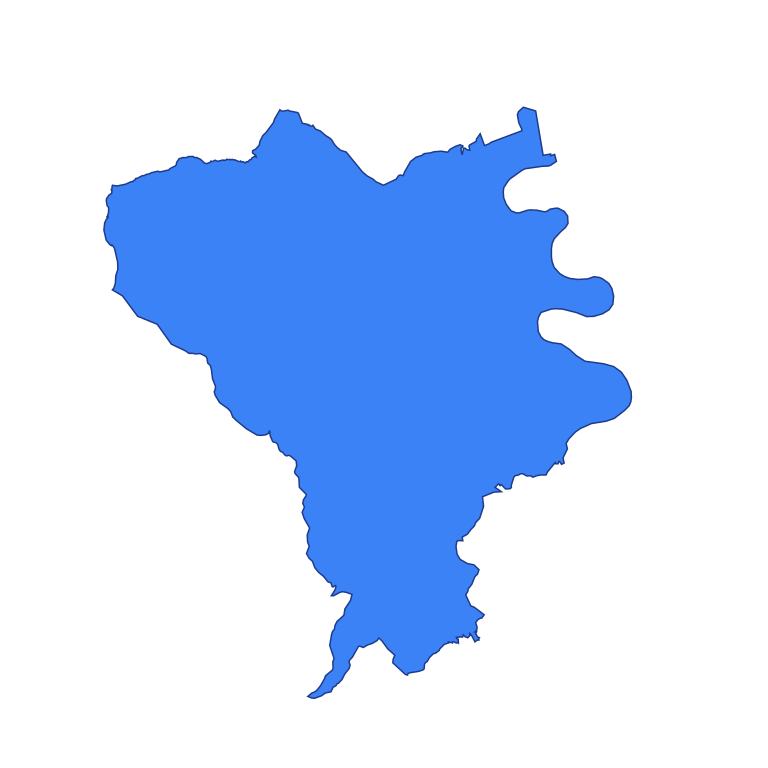 the district of Dobra, Hunedoara, Romania, rotated 77°
{"feature_id": "2599482B49682710241198", "entity_name": "Dobra", "entity_type": "district", "adm_level": 2, "iso_a3": "ROU", "parent_name": "Romania", "parent_adm1": "Hunedoara", "projection": "equal_earth", "projection_center": [22.59, 45.878], "detail": "fine", "context": "isolated", "style": "filled", "palette": "blue", "viewbox_px": 768, "rotation_deg": 77, "n_neighbors": 0, "source": "geoboundaries", "source_scale": "gbopen_adm2", "svg_char_len": 6164}
<svg xmlns="http://www.w3.org/2000/svg" viewBox="0 0 768 768"><g transform="rotate(77 384 384)"><path d="M531.8,497.7L537.1,496.1L540.6,493.6L547.5,492.7L552.8,490.1L557.8,486.2L564.2,483.1L565.9,480.4L569.8,480.1L570.3,479.2L569.4,477.0L569.6,476.4L571.0,476.5L573.8,478.2L578.4,482.9L579.0,480.9L577.1,473.8L577.0,471.3L578.5,467.6L581.8,462.5L587.4,465.4L594.4,472.7L600.3,475.1L604.9,483.3L608.2,486.0L611.8,487.5L613.5,489.7L616.0,491.3L626.5,495.7L640.3,494.4L643.3,496.4L649.0,497.4L651.0,498.5L655.2,506.7L657.6,508.1L663.7,513.7L667.3,518.3L668.5,521.0L668.9,523.9L671.3,528.5L673.7,525.1L674.6,522.4L673.7,514.9L671.9,510.8L672.0,504.9L668.0,501.8L667.2,498.7L665.5,497.2L665.4,495.8L662.5,491.4L657.7,487.4L653.3,481.9L650.3,480.3L646.9,480.5L645.6,479.9L643.0,476.2L633.9,467.9L634.1,466.4L636.1,463.4L634.6,458.9L634.1,453.8L632.5,448.6L630.4,446.1L634.0,443.7L643.0,439.9L650.6,434.5L654.4,437.1L657.7,438.1L671.8,428.5L672.9,426.5L671.4,425.8L671.2,423.4L671.8,414.9L671.4,410.6L670.9,409.3L669.9,408.7L666.1,407.6L664.6,405.9L664.2,404.4L660.7,401.1L658.0,396.8L657.8,394.1L656.0,390.1L654.7,389.3L651.2,383.8L650.8,378.9L649.9,379.1L651.3,376.0L652.3,375.4L651.0,375.6L650.6,374.4L652.7,371.8L652.3,370.7L653.3,369.8L649.4,369.1L648.4,370.4L647.1,370.5L647.6,367.5L647.3,367.0L648.3,364.4L646.3,363.2L648.6,361.8L650.1,359.4L648.2,356.6L645.6,356.8L649.7,354.9L655.7,353.4L654.6,351.0L654.8,349.0L653.7,349.2L652.6,348.1L651.7,349.6L648.0,350.8L646.4,349.7L646.0,351.1L645.4,349.5L645.1,349.8L643.6,348.5L641.6,348.0L637.2,348.4L634.6,345.4L633.9,342.7L634.0,341.3L631.4,338.3L622.0,346.1L619.6,349.4L607.9,351.8L604.8,348.9L602.6,348.1L598.9,343.5L592.2,338.8L590.3,335.7L586.3,333.2L580.4,337.1L577.8,343.0L572.1,349.2L566.4,351.1L558.5,350.4L553.6,348.4L553.3,346.6L554.5,342.5L550.7,342.2L549.2,336.7L545.3,332.1L542.8,328.1L539.5,325.7L536.4,321.0L525.6,314.5L516.0,313.4L514.1,301.2L515.3,293.9L509.6,299.1L507.0,294.7L509.2,293.8L508.5,292.2L513.6,289.2L514.4,284.8L513.6,283.2L511.4,282.8L503.8,278.3L502.9,277.2L502.9,273.1L502.2,271.5L502.6,269.1L505.8,265.5L506.3,262.0L508.3,259.9L507.7,255.6L507.9,251.8L509.1,246.6L506.6,244.6L499.1,235.0L500.2,235.0L500.9,232.5L498.9,231.0L498.9,230.3L502.2,229.1L501.6,226.3L496.3,226.2L488.5,219.9L482.9,219.9L479.1,216.3L473.8,208.3L471.5,202.6L469.2,190.8L470.2,175.9L469.3,167.3L463.7,155.2L460.1,149.8L457.0,147.6L453.0,146.0L446.8,144.9L434.8,146.6L425.8,150.1L418.7,156.3L413.7,165.4L407.0,183.1L399.5,190.3L391.9,195.6L384.8,202.4L381.8,210.4L379.5,214.7L376.9,218.1L373.4,220.4L367.5,221.9L357.6,220.4L353.3,218.2L349.6,214.8L348.6,204.2L349.3,199.5L351.3,192.9L357.7,180.4L363.9,171.4L365.3,164.3L364.7,155.2L362.3,148.0L357.8,143.1L350.1,140.5L342.2,140.5L336.6,142.3L330.5,147.6L328.7,150.1L326.7,155.2L327.4,161.9L325.8,171.3L323.0,179.1L319.8,184.0L315.9,188.0L308.6,192.0L302.1,192.7L297.4,192.2L289.7,190.4L284.8,188.5L280.8,185.5L275.5,177.8L272.3,171.9L268.9,168.6L261.6,167.3L256.3,169.6L251.9,174.8L251.3,177.3L251.0,182.9L252.3,186.2L252.4,188.8L249.0,196.1L247.2,202.6L247.0,205.6L247.7,213.8L247.0,216.7L243.8,221.3L236.4,224.5L229.7,225.5L223.7,224.6L219.6,223.1L214.1,217.4L212.4,214.9L206.6,200.9L206.0,197.9L207.5,180.6L208.6,174.6L208.2,172.0L205.8,165.9L198.7,166.1L199.1,170.3L197.4,169.9L197.0,177.5L152.0,174.8L145.7,186.0L148.8,191.6L151.8,193.5L159.8,193.9L166.4,192.5L168.3,192.8L172.5,224.8L173.7,228.1L174.3,232.4L161.8,234.0L166.2,238.8L168.3,239.6L170.3,246.6L171.1,247.6L175.5,247.9L174.4,250.5L172.4,252.0L172.1,253.4L178.3,256.3L174.1,256.4L171.3,255.7L170.9,254.2L169.8,253.6L168.0,256.1L168.5,260.8L170.1,266.7L172.5,269.8L170.0,276.0L169.0,282.9L169.2,287.3L168.6,292.5L169.1,294.7L169.8,295.4L170.2,301.7L173.2,308.1L182.3,316.5L185.3,318.3L184.0,321.1L184.2,322.8L187.2,326.2L190.2,339.8L185.1,346.4L181.9,348.6L177.5,353.6L172.5,357.3L149.4,368.7L146.5,373.7L143.5,376.1L139.7,378.3L134.7,379.9L132.6,381.2L128.3,385.4L123.3,388.9L120.2,393.4L115.9,395.1L116.6,396.4L116.1,397.8L115.0,398.2L115.0,399.4L113.9,399.7L113.9,400.8L113.3,401.1L111.7,404.9L100.8,406.5L99.8,407.7L96.9,414.3L95.6,415.9L95.5,421.1L94.6,422.8L93.4,423.7L101.2,431.0L104.4,432.9L112.6,442.6L114.5,446.0L119.4,450.1L123.4,452.0L126.4,456.4L127.1,459.5L129.3,460.1L132.3,457.6L134.1,457.5L133.0,458.9L134.2,462.1L135.4,462.8L135.3,464.2L137.0,466.7L136.4,467.8L137.4,469.6L135.7,471.2L135.6,472.9L134.5,473.5L134.9,474.1L134.5,475.5L131.9,479.1L132.0,479.9L131.1,481.0L131.0,483.1L130.5,483.4L130.6,484.4L129.6,486.7L130.5,487.9L130.0,489.0L130.3,489.7L129.5,490.4L129.6,496.0L127.9,498.4L128.7,500.6L127.9,502.6L128.9,503.3L129.4,507.0L128.5,509.1L124.0,512.1L121.3,515.3L120.7,517.8L119.4,518.7L118.4,523.3L118.9,525.8L118.1,529.2L118.4,533.0L121.5,536.3L123.7,537.0L124.6,538.4L125.9,543.8L127.0,545.7L127.0,553.1L126.7,555.1L125.8,556.4L125.8,563.1L126.5,565.7L126.3,568.6L127.0,570.6L126.7,572.8L128.0,577.9L127.9,579.9L129.1,580.1L129.5,582.4L130.3,582.9L130.0,584.9L131.2,591.0L131.0,599.6L129.3,603.8L129.8,604.3L132.6,605.2L133.3,606.1L134.6,605.6L137.1,606.6L137.9,609.2L140.7,612.4L142.5,613.3L147.9,613.7L150.2,612.6L154.8,613.8L157.5,615.3L158.4,615.2L158.5,616.3L159.8,616.4L160.1,615.8L161.1,617.5L164.1,619.9L171.0,622.3L181.3,622.3L186.2,620.0L187.8,618.6L187.3,618.1L187.6,617.5L191.1,616.1L205.2,616.1L212.5,617.6L218.2,621.0L225.4,623.1L229.6,625.5L231.2,627.5L239.3,619.0L262.6,608.8L274.8,591.5L297.4,582.2L306.7,570.4L310.3,567.1L311.0,563.8L312.3,560.9L313.0,556.2L317.1,551.3L319.5,550.7L323.8,551.1L326.9,549.1L330.8,548.9L340.5,549.9L348.3,548.7L350.9,549.5L353.5,551.2L357.4,550.9L365.1,548.4L372.9,541.6L376.4,539.6L382.1,538.8L386.3,536.1L396.8,528.0L405.2,519.2L406.4,515.4L406.9,510.9L406.2,507.7L403.5,505.9L409.1,506.5L414.2,505.6L415.7,504.9L416.6,502.7L418.8,501.2L424.3,500.9L426.4,500.0L427.5,498.3L431.1,496.4L432.2,494.9L432.0,493.1L432.9,491.5L439.1,486.9L444.1,487.5L449.4,490.9L451.4,490.7L455.6,488.3L457.1,488.2L465.7,489.7L473.7,484.8L475.1,484.8L478.8,488.6L482.2,490.0L486.0,489.2L490.6,492.6L497.2,492.0L507.6,488.9L513.9,492.8L520.7,494.0L525.4,493.4L531.8,497.7Z" fill="#3b82f6" stroke="#1e3a8a" stroke-width="1.5"/></g></svg>